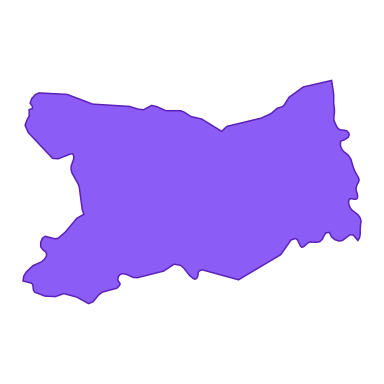 outline of Calvados
{"feature_id": "FRA-5275", "entity_name": "Calvados", "entity_type": "Metropolitan department", "adm_level": 1, "iso_a3": "FRA", "parent_name": "France", "parent_adm1": "", "projection": "mercator", "projection_center": [-0.269, 49.094], "detail": "fine", "context": "isolated", "style": "filled", "palette": "violet", "viewbox_px": 384, "rotation_deg": 0, "n_neighbors": 0, "source": "natural_earth", "source_scale": "10m", "svg_char_len": 2297}
<svg xmlns="http://www.w3.org/2000/svg" viewBox="0 0 384 384"><path d="M29.1,109.6L32.4,108.6L32.4,106.4L30.1,103.1L31.7,98.6L35.3,94.6L39.0,92.9L67.2,94.4L92.6,104.1L129.3,106.4L138.4,109.2L143.7,109.7L151.5,105.4L156.7,106.6L165.9,110.7L180.6,110.7L184.3,112.2L190.8,116.5L201.6,119.0L221.6,131.3L227.0,126.3L261.3,118.1L271.3,113.4L277.2,108.2L282.1,106.8L284.0,105.3L289.1,97.2L303.4,86.9L330.0,80.8L331.6,80.4L331.8,81.5L333.7,94.3L333.7,103.8L334.4,108.7L334.5,111.9L333.9,117.2L333.9,120.4L336.7,126.6L338.3,128.7L340.2,129.8L344.6,130.3L346.8,130.9L348.8,133.0L349.2,135.0L348.3,137.1L346.4,138.6L344.4,139.8L341.3,140.9L340.8,141.4L340.5,142.5L340.4,145.1L341.1,147.5L342.2,149.8L343.7,151.6L345.7,153.0L348.1,155.0L350.9,159.1L353.3,167.4L355.2,172.0L358.7,178.1L359.1,180.3L358.2,182.6L356.9,185.0L356.0,188.2L356.4,191.1L357.4,194.4L357.6,196.6L357.4,198.0L356.5,199.0L354.9,199.3L351.2,198.7L349.5,199.1L348.6,201.5L348.8,204.0L349.5,206.4L350.6,208.4L352.2,210.3L358.0,214.8L360.0,217.6L360.8,219.9L361.0,221.8L360.9,222.6L360.5,225.1L360.2,229.4L360.2,234.1L359.9,236.2L359.3,238.2L357.9,240.5L353.2,235.0L349.9,234.8L342.4,240.5L338.9,241.0L334.9,239.7L331.5,236.9L329.5,232.5L325.9,232.9L324.0,235.7L322.4,239.2L319.7,241.7L317.4,242.2L309.8,242.1L307.8,243.0L303.7,246.7L301.8,247.3L300.3,245.8L297.5,240.0L295.9,238.5L291.1,239.9L280.7,254.7L238.5,279.8L202.1,269.8L199.1,271.0L198.4,272.1L198.0,274.8L197.7,276.3L196.8,278.1L195.8,279.0L194.7,279.1L193.2,278.5L189.9,275.8L183.9,268.2L180.6,265.3L174.1,264.2L163.6,271.1L137.4,277.7L133.5,277.5L126.0,274.2L122.2,273.7L120.7,274.2L119.2,275.4L118.1,277.2L117.8,279.5L118.4,281.3L119.3,282.3L120.0,283.3L119.8,285.2L116.9,288.2L102.5,292.1L99.0,294.6L92.9,301.9L88.6,303.6L76.5,297.0L63.8,293.6L55.3,296.6L44.9,296.1L34.8,292.2L33.4,290.1L32.8,284.6L31.3,283.1L23.0,281.0L23.7,276.3L26.4,271.8L33.0,265.6L41.8,261.7L44.5,259.2L46.4,256.1L46.6,253.7L45.4,251.7L43.2,250.1L40.7,246.8L40.7,242.3L42.4,238.2L45.5,236.3L54.9,238.8L58.1,238.2L65.0,232.4L77.0,218.1L83.9,214.3L82.2,209.5L79.3,187.5L78.3,184.3L72.0,173.0L71.1,169.7L71.1,166.2L73.6,159.1L73.8,156.8L73.2,154.5L72.2,153.8L70.9,153.9L58.1,158.8L52.6,158.4L28.2,132.5L25.1,125.3L26.7,120.5L29.2,116.0L29.1,109.6Z" fill="#8b5cf6" stroke="#5b21b6" stroke-width="1.5"/></svg>